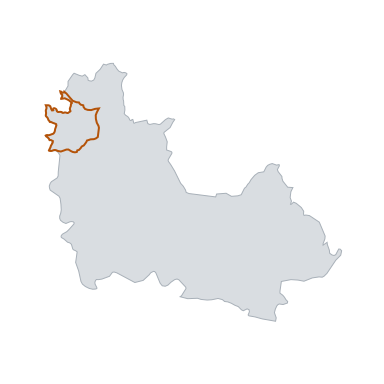 Beyla on a map of Guinea (orthographic projection), rotated 187°
{"feature_id": "GIN-5627", "entity_name": "Beyla", "entity_type": "Prefecture", "adm_level": 1, "iso_a3": "GIN", "parent_name": "Guinea", "parent_adm1": "", "projection": "orthographic", "projection_center": [-8.118, 8.717], "detail": "fine", "context": "in_parent", "style": "outline", "palette": "amber", "viewbox_px": 384, "rotation_deg": 187, "n_neighbors": 0, "source": "natural_earth", "source_scale": "10m", "svg_char_len": 5765}
<svg xmlns="http://www.w3.org/2000/svg" viewBox="0 0 384 384"><g transform="rotate(187 192 192)"><path d="M236.3,255.3L233.0,254.9L231.6,255.5L227.2,260.6L224.6,262.6L220.6,261.9L219.1,262.3L218.0,261.7L219.5,258.9L221.6,253.3L227.0,247.8L227.1,246.6L225.0,243.3L222.7,238.8L222.7,234.0L222.3,230.6L217.6,229.6L216.8,229.0L216.7,227.8L219.3,221.9L219.6,220.7L219.2,219.6L216.4,216.5L211.9,210.8L204.3,199.2L201.4,196.7L198.7,193.2L197.7,190.9L194.8,190.1L167.9,190.0L167.3,193.0L158.0,194.9L152.3,192.5L146.0,193.8L142.8,195.3L140.4,202.1L139.0,203.5L137.6,206.5L136.3,208.2L134.9,211.5L131.8,216.2L128.6,219.2L123.2,220.8L121.4,225.8L120.1,227.7L118.0,229.1L115.8,230.0L111.4,229.0L108.9,229.8L108.5,228.6L110.0,224.6L108.9,222.6L104.7,218.4L104.3,216.4L103.1,213.8L97.6,208.4L92.4,208.7L93.9,204.3L93.9,198.4L92.2,195.1L92.7,191.8L91.8,192.0L90.0,194.3L87.2,193.5L81.6,189.9L78.8,186.5L78.6,183.6L77.9,182.4L76.2,183.0L72.6,182.9L62.0,177.6L54.5,164.5L54.4,161.6L55.6,156.6L55.4,155.2L51.8,158.5L51.2,156.2L48.6,151.0L47.9,148.0L45.4,146.6L43.3,146.3L41.7,147.3L39.4,153.3L37.9,153.3L36.3,151.9L36.7,147.4L41.0,141.8L48.2,127.6L50.8,124.4L52.4,123.3L55.6,123.2L62.1,121.4L70.0,117.1L76.0,117.5L83.1,117.1L92.4,114.1L92.6,104.5L92.4,102.4L89.1,100.4L87.3,98.7L85.7,96.6L83.7,95.0L83.8,93.4L87.9,91.4L91.7,91.5L92.9,90.8L93.9,89.4L95.0,86.0L95.5,82.3L93.1,77.4L93.3,73.9L106.8,74.6L114.2,75.7L120.3,76.0L121.3,76.8L120.4,80.2L121.1,82.2L123.1,82.7L126.6,80.4L128.4,81.0L132.1,83.9L135.6,84.8L139.5,86.4L143.1,87.3L146.3,87.3L148.7,88.9L153.2,89.5L159.1,87.5L163.7,86.6L170.1,86.5L173.5,87.2L183.3,85.6L191.0,86.6L189.8,87.7L186.2,95.4L186.6,96.8L194.4,103.3L196.2,103.8L198.4,103.0L201.8,100.0L204.5,96.7L207.1,95.2L210.1,95.3L212.5,97.6L218.0,107.3L219.4,108.5L220.7,108.5L223.2,106.7L224.4,104.6L229.7,98.3L237.7,95.2L256.8,102.6L259.6,103.1L261.2,102.6L263.6,98.3L270.8,94.6L274.3,93.6L276.2,93.5L277.0,92.3L277.4,90.6L277.0,88.8L274.8,85.5L274.7,84.5L276.0,83.9L278.7,83.4L282.3,83.8L286.3,85.2L289.5,87.2L291.3,89.7L294.9,99.9L298.9,107.9L298.7,118.6L300.5,119.6L302.4,120.1L303.4,120.9L305.3,125.4L307.1,126.6L309.4,127.0L313.5,129.8L316.1,130.9L316.5,131.7L316.4,132.9L315.4,134.4L311.4,137.4L309.4,139.9L305.3,145.9L305.2,147.1L306.1,147.9L307.7,148.0L309.5,147.6L313.3,145.4L316.3,146.2L319.1,147.9L320.1,149.7L320.4,152.0L319.7,154.9L319.6,158.3L320.6,163.9L322.1,169.6L323.5,171.6L333.0,176.6L333.9,178.5L334.4,180.6L333.7,183.5L332.8,185.1L327.6,189.5L326.8,191.6L327.2,195.6L327.5,212.2L329.6,214.9L332.0,216.4L337.8,215.6L337.6,220.2L336.8,225.4L340.2,226.9L341.9,228.5L342.8,230.0L337.5,232.7L336.0,234.3L335.3,238.6L335.4,242.6L342.5,245.5L345.3,248.8L346.5,252.3L346.9,258.8L346.3,260.3L344.5,260.3L340.9,256.3L335.4,255.9L331.3,255.2L324.4,255.7L323.3,256.9L322.5,265.6L324.1,267.0L327.4,268.7L329.5,269.4L331.3,269.2L332.7,270.2L333.0,273.1L332.0,275.2L330.2,277.1L328.0,282.1L328.5,286.7L324.6,294.1L323.5,295.5L318.4,294.1L315.1,293.6L312.6,295.4L309.3,292.6L308.7,290.3L307.5,289.9L305.3,289.8L303.2,291.1L302.3,293.4L301.8,298.1L298.1,302.6L295.4,308.1L292.4,307.6L291.7,308.3L288.5,309.7L285.7,310.1L285.0,308.6L283.4,307.4L281.6,305.1L279.5,303.1L275.6,301.8L274.0,302.4L272.2,302.2L271.0,301.5L271.1,300.3L273.2,297.4L274.4,294.8L275.0,291.9L275.0,289.1L274.0,285.2L272.2,282.1L271.8,280.3L272.0,277.7L271.6,275.4L271.0,274.1L270.2,269.6L269.2,268.8L268.6,265.2L268.8,261.5L267.3,260.1L264.9,259.0L263.5,257.6L262.6,256.0L261.8,255.5L261.0,255.6L260.4,256.6L259.6,256.8L258.2,253.3L257.6,253.2L256.6,254.0L245.6,257.8L244.2,254.5L242.1,253.9L238.4,255.2L236.3,255.3Z" fill="#d9dde1" stroke="#a8b0b8" stroke-width="1"/><path d="M330.4,216.4L331.1,216.7L332.0,216.9L332.9,217.0L333.7,216.9L334.6,216.6L336.2,215.7L337.1,215.5L338.8,215.5L339.1,215.8L337.9,219.3L337.8,220.3L336.3,224.0L336.3,225.6L338.5,226.4L339.0,226.3L339.5,226.1L339.8,226.2L340.4,227.3L340.9,227.8L341.8,228.5L343.6,229.5L344.1,230.2L343.4,230.7L342.4,230.9L341.5,230.9L340.7,231.0L336.9,232.9L336.3,233.6L335.8,234.7L335.6,235.7L335.5,237.8L334.7,241.5L335.1,242.8L337.1,243.4L338.0,243.5L340.5,244.3L341.2,244.1L341.4,244.1L341.7,244.2L342.0,244.8L342.2,245.0L343.1,245.7L343.3,246.1L344.4,248.0L344.8,248.4L345.9,249.2L346.3,249.6L346.5,250.4L346.4,252.0L346.5,252.9L347.0,254.7L347.0,255.5L346.7,256.6L346.6,257.6L346.8,258.5L347.7,260.3L345.2,260.6L344.1,260.4L343.1,259.8L341.8,257.1L340.9,255.9L339.9,256.1L339.8,256.7L339.9,257.4L339.8,258.0L339.1,258.4L338.4,258.3L337.7,258.1L337.1,257.8L336.6,257.4L336.3,256.8L336.0,256.2L335.8,255.6L335.2,255.2L334.6,255.1L334.0,255.2L332.7,255.5L332.3,255.5L331.6,255.5L331.2,255.5L330.9,255.4L330.5,254.9L330.1,254.8L329.2,254.9L327.8,255.5L327.0,255.5L325.4,255.2L324.8,255.3L322.8,257.0L322.5,257.3L322.6,257.8L322.8,258.2L323.1,258.7L323.3,259.3L323.4,260.1L322.8,262.6L322.8,263.4L322.9,264.2L322.8,264.7L322.1,265.4L322.1,265.9L325.6,268.2L329.7,269.5L330.1,269.4L332.7,268.6L333.2,268.5L333.3,269.0L333.0,269.6L332.7,270.1L332.4,271.4L332.5,272.0L332.7,272.7L333.5,273.1L334.2,273.9L334.7,274.9L334.8,275.3L335.0,275.8L334.2,275.7L333.7,275.4L333.3,275.1L332.9,274.9L331.1,275.2L330.4,275.2L330.5,275.6L328.6,274.4L324.5,270.6L321.5,268.0L317.6,267.0L315.1,267.1L314.4,266.1L313.0,265.1L310.5,264.8L310.0,263.2L308.3,261.4L305.6,260.8L302.1,261.0L298.3,262.7L294.6,263.6L295.3,261.8L296.2,259.4L296.9,256.5L296.3,252.8L294.9,249.1L292.9,246.3L292.2,244.4L292.2,235.1L294.0,233.4L295.8,232.5L299.1,231.9L300.9,231.0L302.5,230.3L302.5,230.1L302.6,229.9L302.9,229.1L303.0,228.7L303.2,228.3L305.0,225.1L307.0,223.7L307.9,221.9L309.4,219.9L310.9,219.4L311.2,217.7L313.0,217.1L315.2,217.2L317.0,217.8L319.8,219.1L321.9,218.8L324.4,217.5L327.1,216.2L330.4,216.4Z" fill="none" stroke="#b45309" stroke-width="2"/></g></svg>